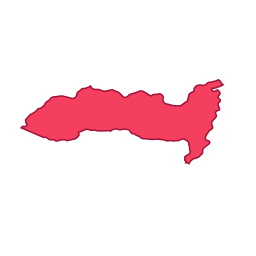 Bertópolis, Minas Gerais, Brazil, rotated 75°
{"feature_id": "56859067B74434501882476", "entity_name": "Bertópolis", "entity_type": "district", "adm_level": 2, "iso_a3": "BRA", "parent_name": "Brazil", "parent_adm1": "Minas Gerais", "projection": "natural_earth1", "projection_center": [-40.57, -16.985], "detail": "fine", "context": "isolated", "style": "filled", "palette": "rose", "viewbox_px": 256, "rotation_deg": 75, "n_neighbors": 0, "source": "geoboundaries", "source_scale": "gbopen_adm2", "svg_char_len": 3319}
<svg xmlns="http://www.w3.org/2000/svg" viewBox="0 0 256 256"><g transform="rotate(75 128 128)"><path d="M178.3,78.3L177.0,77.2L176.1,75.9L175.0,73.8L174.6,71.7L174.7,70.0L174.5,67.8L173.5,65.8L172.8,64.3L171.8,62.7L169.8,61.9L168.0,61.4L166.8,59.6L165.5,56.9L164.8,55.0L164.2,53.7L163.2,52.6L161.3,53.3L160.2,55.0L159.1,56.0L157.7,55.9L156.2,55.1L154.9,53.9L153.7,52.6L152.4,51.1L151.3,49.4L150.9,47.8L149.9,46.2L147.6,45.9L145.7,46.2L144.0,45.6L142.7,44.2L141.9,42.8L140.9,41.1L139.4,39.5L137.7,39.5L135.9,39.6L134.4,38.2L134.4,36.6L134.1,34.8L132.5,34.6L130.7,34.8L129.1,35.0L127.8,34.6L126.7,33.2L125.9,31.9L124.7,31.6L123.4,32.5L121.9,33.2L120.4,32.3L119.4,30.7L117.9,30.0L115.8,30.7L114.4,31.6L114.9,33.7L114.8,36.0L112.9,37.6L111.5,36.2L111.9,34.2L112.0,32.4L111.6,30.7L111.7,28.9L111.3,26.9L110.8,24.9L109.1,26.1L106.8,26.7L104.8,28.1L105.2,30.2L105.3,31.7L105.2,33.7L105.2,36.1L104.8,38.2L105.2,39.8L106.1,41.4L106.5,42.8L106.2,44.5L105.5,46.2L104.9,48.0L104.8,50.1L105.5,52.1L106.3,53.2L107.5,54.2L109.3,54.4L109.9,56.1L110.2,58.1L111.4,60.4L113.0,61.2L114.5,62.1L116.2,63.0L117.7,64.1L117.9,65.7L118.4,67.1L119.4,69.3L120.1,71.8L119.5,74.3L118.7,76.5L118.0,78.5L117.3,80.0L116.4,81.4L115.5,83.0L114.7,84.8L113.5,86.3L111.9,87.0L110.4,87.1L109.0,86.8L107.4,85.9L106.1,86.0L105.0,86.7L103.7,87.5L103.0,89.3L103.0,91.9L102.3,93.9L102.3,95.5L103.0,97.3L101.9,98.9L100.7,99.9L99.4,100.9L98.0,102.4L96.4,104.0L95.7,105.5L95.3,107.1L95.5,108.8L95.9,110.8L95.9,112.9L95.9,114.9L95.9,116.4L96.1,117.9L97.1,119.7L97.7,121.2L97.8,122.9L96.8,124.5L94.8,125.6L93.6,126.3L92.2,127.1L90.6,128.4L89.4,130.4L88.1,131.8L87.1,133.0L86.8,135.0L86.7,137.5L86.6,139.0L86.6,140.8L85.9,142.5L85.0,143.7L83.8,145.3L83.0,146.9L82.6,148.5L81.9,150.6L80.9,152.1L79.7,152.8L77.7,153.3L78.2,154.9L78.4,156.7L78.7,158.9L78.2,161.1L78.4,162.8L79.1,164.2L79.9,165.9L80.5,167.6L81.6,168.4L82.9,169.0L84.5,170.3L85.3,172.0L85.1,174.1L84.0,176.2L82.7,178.2L81.5,180.7L80.4,182.4L79.7,184.6L79.4,187.0L79.1,189.1L78.7,191.5L78.8,194.2L79.8,195.6L80.9,197.2L81.4,199.2L82.0,200.4L82.8,201.7L84.0,202.3L84.8,204.1L85.8,205.8L86.3,207.7L86.1,209.8L87.5,211.7L88.4,213.8L89.1,215.8L89.5,217.4L89.9,219.1L90.6,220.4L91.6,221.6L92.5,223.3L93.8,225.0L95.7,225.1L97.0,225.1L98.4,224.4L99.8,225.7L99.8,227.8L99.1,229.4L100.2,231.1L115.4,211.8L115.5,209.8L117.1,208.4L118.5,207.3L119.6,205.6L119.7,203.3L121.6,201.4L122.1,200.1L122.4,198.5L122.0,196.9L122.5,194.5L122.5,192.6L124.1,190.9L124.5,189.3L124.7,185.3L124.7,183.3L124.8,181.4L124.1,180.0L122.8,177.7L121.7,176.9L119.5,177.1L118.8,171.3L118.4,169.5L118.6,167.7L119.3,166.2L120.4,165.1L121.0,162.6L121.4,160.7L122.3,159.3L123.1,157.6L124.7,151.6L125.1,149.2L125.4,147.2L126.6,145.8L125.7,143.6L125.5,142.1L125.7,139.8L127.6,136.5L128.3,131.0L130.2,127.4L133.0,126.5L134.5,125.6L135.4,123.2L136.7,122.5L137.6,121.3L139.0,119.3L141.1,117.9L142.2,116.4L142.6,115.0L143.2,113.4L144.1,110.6L144.8,109.3L145.3,107.6L145.7,105.6L145.9,104.1L146.7,102.0L146.9,100.5L147.7,99.1L148.6,96.5L150.6,93.7L151.0,90.5L152.5,87.0L152.6,84.8L153.3,82.9L152.7,78.5L153.1,76.9L154.6,75.3L155.8,74.1L157.9,73.0L159.7,73.6L162.0,73.4L164.2,74.0L166.7,74.0L168.9,75.2L169.6,78.1L170.3,80.3L171.9,81.0L173.9,81.5L175.4,80.7L176.6,81.3L177.1,79.4L178.3,78.3Z" fill="#f43f5e" stroke="#9f1239" stroke-width="1.5"/></g></svg>